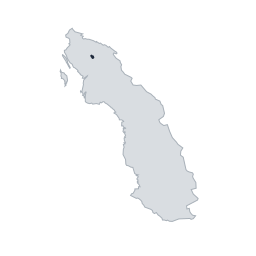 Mullsjö, Västra Götaland, Sweden (highlighted), rotated 133°
{"feature_id": "70781695B30148016618551", "entity_name": "Mullsjö", "entity_type": "district", "adm_level": 2, "iso_a3": "SWE", "parent_name": "Sweden", "parent_adm1": "Västra Götaland", "projection": "mercator", "projection_center": [13.852, 57.962], "detail": "fine", "context": "in_parent", "style": "filled", "palette": "slate", "viewbox_px": 256, "rotation_deg": 133, "n_neighbors": 0, "source": "geoboundaries", "source_scale": "gbopen_adm2", "svg_char_len": 4066}
<svg xmlns="http://www.w3.org/2000/svg" viewBox="0 0 256 256"><g transform="rotate(133 128 128)"><path d="M82.1,187.7L82.7,189.5L84.0,189.3L84.5,187.9L85.1,184.1L84.3,179.7L85.4,178.2L86.1,175.8L87.9,175.1L90.2,172.2L90.4,169.3L90.9,167.1L88.9,160.5L88.8,158.9L91.8,158.0L93.1,153.6L91.0,150.7L87.8,147.9L88.8,139.1L87.5,134.2L87.6,132.2L87.4,129.0L88.2,127.7L86.6,123.0L88.2,119.7L87.9,118.0L92.4,111.3L95.4,110.0L101.0,111.1L102.3,108.4L102.3,106.9L101.8,103.5L98.7,101.5L102.1,95.2L104.8,89.0L105.3,83.0L105.9,80.3L105.2,74.3L108.9,73.6L112.1,71.1L111.7,67.7L118.9,57.2L119.1,55.3L118.5,53.5L116.8,50.2L117.3,48.7L119.3,47.8L120.2,46.3L121.6,41.2L125.6,37.1L129.9,39.8L131.8,35.2L131.7,28.7L133.3,28.0L145.0,32.1L147.0,29.7L145.0,28.4L147.0,25.8L147.5,24.1L147.7,22.2L147.7,21.2L146.1,18.7L149.8,18.4L151.8,19.6L151.9,21.0L159.8,28.8L166.1,31.9L167.9,34.1L168.5,36.4L169.5,36.6L170.6,38.8L171.8,40.0L170.8,41.6L170.8,45.0L171.1,46.6L170.5,49.6L172.5,50.3L172.8,52.1L171.7,53.9L171.9,55.8L174.4,61.8L173.7,63.7L173.5,66.1L172.3,67.9L172.1,69.7L172.3,72.1L172.7,73.2L173.8,74.0L175.6,80.1L173.7,80.5L172.2,79.7L168.8,80.5L167.9,81.4L165.3,78.9L163.8,80.3L162.8,79.1L161.9,81.1L161.7,83.8L160.5,83.6L160.9,84.6L159.3,85.0L159.1,85.4L159.5,86.1L159.0,86.9L156.7,87.2L156.4,88.0L157.0,89.1L157.0,89.7L155.5,88.8L156.5,90.7L156.7,92.1L153.5,97.6L154.6,99.0L155.4,102.1L156.3,103.5L155.9,104.9L152.7,108.3L150.8,113.5L146.7,116.9L144.6,117.8L143.2,120.2L141.6,119.4L141.5,120.8L140.5,119.9L139.6,122.1L138.1,123.9L136.5,123.5L136.4,123.9L136.8,124.4L135.0,124.8L134.4,126.7L133.1,127.2L132.8,127.8L134.2,127.9L133.9,129.4L132.4,130.1L131.8,131.1L131.1,131.1L131.2,130.3L130.2,130.4L129.9,129.5L129.7,129.7L130.4,132.2L129.8,133.2L130.8,134.1L128.0,136.5L126.2,135.6L126.0,136.3L126.4,138.3L127.9,139.9L127.0,141.0L126.0,145.6L126.6,148.5L124.7,147.8L124.8,148.9L124.2,150.1L124.4,151.9L124.2,153.1L124.7,154.2L124.4,154.7L124.7,159.6L125.3,161.7L125.1,163.4L125.9,164.3L127.6,164.5L128.1,165.9L130.2,165.1L131.7,167.8L134.6,170.1L134.5,171.5L136.3,172.6L137.4,174.6L137.8,176.3L137.7,177.3L134.8,180.1L132.6,181.9L130.3,183.1L130.4,183.5L131.5,183.7L134.3,182.4L135.1,183.5L133.6,184.1L133.3,185.6L132.6,186.7L126.6,190.2L125.8,191.3L123.1,193.1L118.2,193.0L117.5,193.3L121.7,194.1L122.7,195.4L120.7,196.2L121.5,199.3L121.0,200.0L121.0,203.4L120.3,203.4L120.0,204.8L120.3,208.2L120.7,209.1L120.5,210.0L119.4,212.3L119.8,214.9L118.5,219.7L117.0,222.5L115.9,226.2L114.6,227.5L113.2,226.7L111.0,227.1L107.0,227.0L106.5,227.4L106.8,228.7L105.4,228.5L102.8,231.3L102.8,232.7L103.8,235.3L102.5,237.0L99.8,236.5L96.3,237.6L93.1,236.8L93.5,235.9L93.8,232.4L90.1,225.3L91.8,226.0L92.5,225.7L91.4,223.3L92.9,223.2L93.4,222.3L93.1,221.0L91.9,220.4L90.8,218.2L89.7,217.1L87.7,212.8L87.0,209.8L86.3,210.1L85.7,206.6L84.7,206.1L84.4,202.6L83.3,202.2L82.6,200.6L82.5,197.5L81.1,197.1L81.3,195.6L80.8,190.1L80.4,188.4L80.7,187.1L81.5,187.0L82.1,187.7ZM138.4,204.5L137.8,204.8L137.5,205.8L136.5,206.3L136.3,209.3L137.2,210.5L136.3,211.0L135.7,212.6L134.0,213.7L133.4,214.7L133.0,216.1L131.6,216.9L132.6,214.7L131.3,212.2L131.7,211.3L131.6,208.3L134.5,204.6L135.8,204.1L136.4,204.5L136.7,203.6L137.1,203.4L138.4,204.5ZM119.8,225.3L119.1,225.9L118.8,225.0L118.9,221.6L120.5,217.5L121.2,217.2L123.2,211.6L123.4,211.2L124.1,211.5L123.6,212.1L123.6,213.0L122.4,216.1L122.0,218.0L121.6,218.5L119.8,225.3ZM139.0,203.3L138.9,204.2L138.2,203.5L138.9,202.5L140.3,202.7L139.0,203.3ZM135.7,180.6L134.7,182.0L134.5,181.4L134.7,180.7L135.7,180.6ZM133.6,187.8L133.1,187.9L133.5,186.9L134.1,186.7L133.6,187.8Z" fill="#d9dde1" stroke="#a8b0b8" stroke-width="1"/><path d="M101.1,201.6L101.0,201.4L100.8,201.3L100.5,201.3L100.3,201.2L100.1,201.2L99.9,201.3L99.8,201.7L99.7,201.9L99.5,202.0L99.4,202.2L99.3,202.4L99.4,202.6L99.5,202.7L99.7,202.8L99.9,202.8L99.9,203.1L99.9,203.3L99.8,203.5L99.7,203.8L99.7,204.0L99.9,204.0L100.1,204.1L100.3,204.3L100.5,204.2L100.6,203.8L100.6,203.4L100.8,203.2L100.9,202.4L101.0,202.0L101.1,201.9L101.1,201.6Z" fill="#64748b" stroke="#1e293b" stroke-width="1.5"/></g></svg>